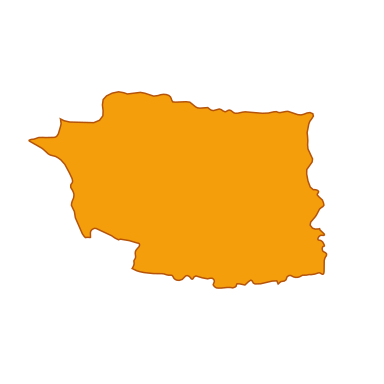 the State of Manipur, rotated 252°
{"feature_id": "IND-2478", "entity_name": "Manipur", "entity_type": "State", "adm_level": 1, "iso_a3": "IND", "parent_name": "India", "parent_adm1": "", "projection": "mercator", "projection_center": [93.694, 24.765], "detail": "fine", "context": "isolated", "style": "filled", "palette": "amber", "viewbox_px": 384, "rotation_deg": 252, "n_neighbors": 0, "source": "natural_earth", "source_scale": "10m", "svg_char_len": 3908}
<svg xmlns="http://www.w3.org/2000/svg" viewBox="0 0 384 384"><g transform="rotate(252 192 192)"><path d="M302.1,89.5L299.3,92.4L296.3,97.4L288.3,120.0L288.8,126.2L292.0,130.8L296.9,132.6L302.5,133.7L307.4,136.1L309.8,140.4L310.7,146.7L310.0,153.1L307.5,157.8L305.2,160.8L302.7,173.7L300.5,177.7L295.0,185.2L294.2,189.6L294.2,192.3L293.7,195.1L292.6,197.7L291.0,199.8L289.1,200.9L287.4,201.1L285.7,201.1L283.7,201.5L282.6,203.9L279.7,214.2L278.1,217.7L271.9,221.7L270.3,223.3L269.3,225.4L267.4,233.1L265.3,234.4L263.8,235.7L262.8,237.5L262.5,243.6L261.3,245.3L259.6,246.5L258.1,248.2L258.0,249.1L258.5,251.7L258.3,253.0L257.4,254.2L254.5,256.2L253.5,257.5L252.8,259.9L252.3,264.9L251.8,267.4L245.1,283.3L243.5,289.0L243.0,294.4L242.4,297.0L241.0,298.7L240.3,300.2L239.6,305.9L239.1,308.1L232.9,316.5L231.6,319.5L231.4,322.5L231.6,325.7L231.1,328.8L230.7,329.2L229.1,331.1L226.7,330.9L224.8,328.7L222.8,325.9L220.6,324.1L212.8,319.8L209.7,319.2L205.0,318.0L201.1,316.5L197.1,315.6L186.2,316.9L183.4,315.5L177.9,308.1L173.6,306.6L166.6,305.7L160.1,306.0L156.7,308.1L156.4,309.3L155.9,310.4L155.2,311.4L154.4,312.2L153.1,312.5L152.2,311.7L151.5,310.7L150.6,310.2L148.4,311.1L144.1,313.5L141.2,313.7L138.7,313.4L137.7,312.0L137.2,310.1L136.4,308.1L131.9,303.5L130.5,301.8L126.7,295.6L124.0,294.1L120.4,295.4L118.6,297.8L117.7,301.2L117.7,302.0L116.4,302.0L111.4,304.7L110.3,304.7L110.0,304.0L110.3,303.1L110.7,302.1L111.0,301.1L110.8,300.0L110.3,298.8L108.9,297.4L108.1,297.1L107.4,297.3L106.9,298.0L106.3,299.2L105.4,300.0L104.2,300.8L101.9,301.3L100.6,301.4L99.9,301.3L99.6,300.8L99.6,300.4L99.6,299.7L99.3,299.2L98.0,298.3L96.5,298.1L95.6,298.1L94.8,298.5L93.2,300.0L91.9,300.8L90.7,300.6L89.7,299.9L89.0,298.9L87.8,297.8L86.0,296.6L75.7,293.1L74.1,292.3L73.5,291.7L73.3,291.0L73.6,290.4L74.3,289.7L75.0,289.1L75.7,288.4L75.9,287.7L76.0,286.7L76.0,283.4L76.6,279.7L77.3,277.8L77.4,276.9L77.6,275.1L78.4,272.4L78.7,271.4L78.1,268.1L78.2,266.2L78.8,264.1L79.8,262.4L82.1,260.1L82.6,258.4L82.0,256.3L79.4,254.2L78.8,252.3L79.3,248.9L78.8,247.5L77.9,245.5L81.3,245.2L82.5,240.7L83.5,228.9L85.1,223.5L86.4,222.2L88.7,221.8L90.0,220.8L89.4,218.3L87.2,213.6L89.8,209.1L90.8,206.5L89.6,205.3L88.8,204.9L88.3,203.7L88.2,201.2L88.7,200.2L89.0,199.8L89.6,198.2L90.4,195.7L91.6,190.1L92.4,187.6L93.2,185.7L93.9,185.0L94.8,184.3L95.4,184.0L96.5,183.6L97.0,183.5L97.3,183.5L97.7,183.8L99.3,185.1L100.0,185.6L101.1,185.8L102.2,185.6L103.6,184.7L104.1,183.6L104.4,182.4L104.6,180.0L107.3,175.1L110.9,169.9L110.7,168.0L110.2,167.3L109.2,166.1L109.0,165.4L109.4,164.7L110.0,164.3L110.7,164.2L111.5,163.8L112.5,163.3L113.8,162.0L114.1,161.0L114.1,160.0L111.9,155.7L111.9,152.6L112.3,151.6L113.0,150.1L113.9,149.2L114.8,148.5L115.7,148.1L117.9,147.7L119.0,147.1L119.6,145.7L120.2,143.8L121.2,142.1L122.7,140.1L123.6,138.2L126.3,130.2L130.2,121.5L132.5,117.5L134.1,115.2L137.7,111.4L138.8,112.6L140.1,113.8L141.0,114.4L142.0,114.9L143.0,115.1L143.9,115.3L144.5,115.5L144.8,115.7L145.9,117.0L146.7,117.8L148.0,118.4L151.0,119.0L152.6,119.6L153.8,120.6L154.7,121.9L156.5,124.9L157.8,125.8L159.1,125.9L159.9,125.1L160.5,124.0L165.1,117.4L169.2,109.5L169.3,108.1L169.2,107.4L171.9,104.6L175.3,102.0L186.9,89.6L187.6,87.9L187.5,87.0L187.3,85.7L186.8,84.5L185.9,83.5L184.7,82.8L180.4,81.5L180.2,81.4L180.3,80.8L181.1,78.9L181.4,77.6L181.6,76.5L183.2,75.7L186.2,74.8L203.5,73.1L209.8,74.1L212.5,73.7L216.7,73.2L218.6,74.1L220.1,75.1L222.9,77.5L224.6,78.4L226.3,79.0L228.1,79.1L230.3,78.9L233.7,78.1L235.5,78.6L236.6,79.2L237.3,80.3L238.2,81.3L238.4,81.4L238.7,81.6L239.8,81.9L241.7,82.1L247.5,81.4L257.6,79.6L263.1,77.2L266.0,75.1L268.0,73.2L270.9,68.7L272.6,67.1L278.3,63.9L280.2,62.6L290.3,53.4L291.1,52.9L291.6,53.2L291.7,54.7L291.6,55.8L291.1,57.9L291.2,63.0L290.0,67.0L289.0,69.6L286.6,77.6L286.4,79.3L287.1,81.0L288.7,82.9L295.1,87.3L297.4,88.6L302.0,89.5L302.1,89.5Z" fill="#f59e0b" stroke="#b45309" stroke-width="1.5"/></g></svg>